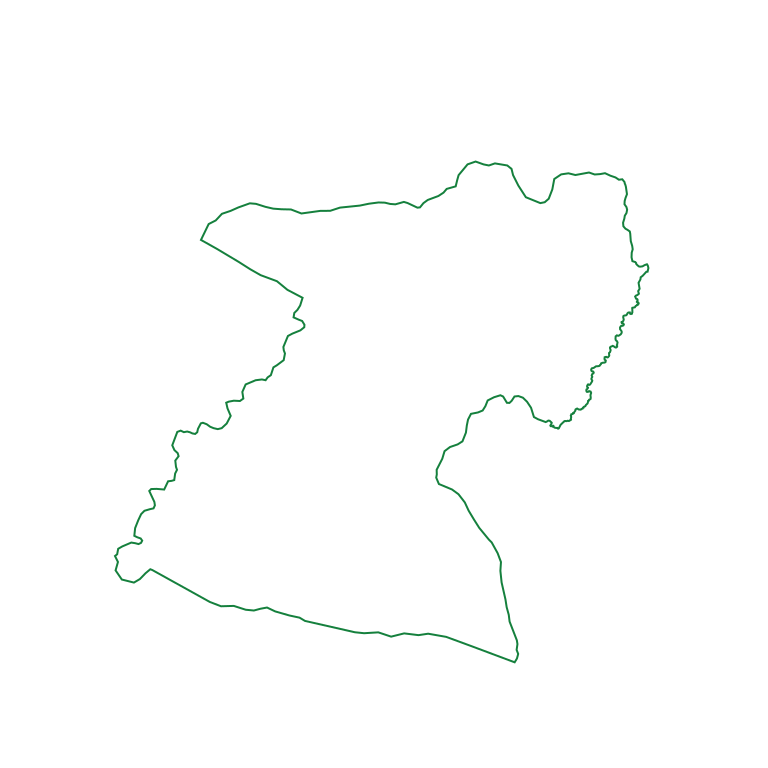 Migues, Canelones, Uruguay, rotated 21°
{"feature_id": "84410073B2992667902544", "entity_name": "Migues", "entity_type": "district", "adm_level": 2, "iso_a3": "URY", "parent_name": "Uruguay", "parent_adm1": "Canelones", "projection": "mercator", "projection_center": [-55.568, -34.48], "detail": "fine", "context": "isolated", "style": "outline", "palette": "green", "viewbox_px": 768, "rotation_deg": 21, "n_neighbors": 0, "source": "geoboundaries", "source_scale": "gbopen_adm2", "svg_char_len": 6153}
<svg xmlns="http://www.w3.org/2000/svg" viewBox="0 0 768 768"><g transform="rotate(21 384 384)"><path d="M605.7,597.0L606.5,592.6L606.0,587.9L603.1,584.7L601.8,579.0L599.9,575.7L586.4,560.8L583.2,554.8L578.5,548.4L574.6,541.6L564.9,527.1L559.6,516.7L557.0,508.3L550.7,501.2L541.3,493.3L537.7,491.7L524.5,484.2L516.7,478.4L508.4,471.9L501.9,465.6L493.0,460.2L485.3,458.1L471.1,457.7L466.3,452.7L465.7,449.5L463.9,445.2L465.2,432.9L464.6,425.0L468.2,419.2L474.4,414.0L477.8,409.4L477.9,400.0L476.2,393.1L475.2,387.1L475.9,380.7L481.9,376.9L485.6,373.4L486.6,368.4L486.7,362.2L491.5,356.9L496.7,352.8L499.7,353.0L505.5,357.5L507.9,356.7L509.2,354.0L510.3,348.9L513.8,347.1L518.6,347.0L523.9,349.3L529.8,353.5L535.8,361.1L540.4,361.7L548.6,361.6L550.0,360.1L550.3,359.5L550.9,359.1L551.9,359.0L554.4,360.0L554.6,361.1L554.3,362.1L554.2,363.2L554.7,363.6L555.9,363.2L556.6,363.3L556.8,362.4L557.1,362.3L557.5,362.7L557.6,363.1L558.4,363.5L558.9,363.6L560.5,363.3L561.6,362.9L562.3,363.3L562.7,363.2L563.1,362.7L563.5,358.8L565.7,354.1L566.0,354.1L566.4,353.6L567.9,353.2L568.6,352.5L569.9,352.3L570.6,351.5L570.8,350.9L571.3,350.6L571.4,350.3L570.9,349.5L570.6,347.7L569.7,346.5L569.9,345.9L569.7,345.2L570.9,344.3L570.9,343.5L571.4,343.5L571.7,343.2L571.6,342.4L572.2,340.3L571.9,339.2L572.4,338.4L573.1,337.7L574.9,338.0L576.7,337.5L577.3,336.9L577.3,336.5L578.3,335.7L578.2,334.9L578.8,334.5L578.7,333.8L579.0,333.4L579.9,332.6L580.0,331.3L581.0,329.2L580.8,327.1L580.6,326.6L581.2,326.1L581.1,325.2L581.7,324.7L582.2,323.9L581.9,322.7L580.7,320.3L580.6,318.1L579.9,317.3L579.5,317.0L579.0,317.3L578.2,317.1L577.6,317.5L577.2,318.3L576.1,318.6L575.7,318.3L575.1,317.3L575.0,316.5L575.4,316.0L575.8,314.9L575.7,314.3L575.2,314.3L574.6,313.8L574.3,312.8L574.5,311.4L574.7,311.2L575.1,311.4L575.9,311.3L576.6,310.6L577.3,307.2L577.3,306.5L577.2,306.1L576.3,305.5L575.8,305.0L575.7,304.2L575.9,302.9L575.8,302.5L574.9,301.8L574.8,301.4L574.9,300.0L575.7,299.0L575.6,298.0L574.8,297.4L573.7,297.6L572.9,297.3L572.5,296.8L572.2,296.1L572.4,294.9L574.0,293.8L575.6,291.5L577.6,290.6L578.7,289.8L578.9,289.3L578.9,288.7L579.4,287.9L579.3,286.9L579.5,286.7L580.5,285.8L582.2,285.0L582.9,284.3L582.7,282.7L582.3,282.4L581.4,282.3L581.2,282.0L580.8,281.5L580.7,280.6L580.4,280.0L580.9,279.5L581.8,279.0L582.8,279.2L583.3,279.0L583.6,278.7L584.1,277.1L584.1,276.7L583.3,275.2L583.0,274.4L583.6,273.2L583.5,271.6L583.4,271.1L582.3,269.8L581.9,268.9L582.2,268.0L582.7,267.7L583.9,266.4L585.5,266.6L586.3,266.9L587.4,266.9L587.8,266.6L588.3,265.6L588.1,265.1L587.8,265.1L587.4,264.2L587.5,263.6L587.1,261.4L585.9,260.4L585.3,260.3L584.5,259.8L583.9,258.8L583.2,256.5L584.0,255.1L585.3,255.1L585.9,254.7L587.2,252.8L587.5,251.5L587.4,250.5L587.1,249.9L586.5,249.3L584.8,248.3L584.1,246.6L584.3,245.5L584.7,244.6L585.8,244.2L586.2,243.8L586.5,243.5L586.6,242.5L586.5,242.3L585.7,241.9L584.3,242.0L583.7,241.4L583.6,240.9L584.5,240.3L584.8,239.0L584.7,237.9L583.3,235.8L583.2,234.6L583.9,233.9L585.3,233.2L585.8,232.4L586.0,230.6L586.5,229.7L587.9,229.1L588.6,230.2L589.0,230.2L589.5,230.2L590.3,229.5L590.1,228.7L590.2,228.1L589.2,225.6L588.5,224.2L588.5,223.9L590.7,222.5L591.0,221.0L591.7,220.2L591.8,219.6L592.5,219.3L592.6,218.3L592.9,218.0L592.9,217.5L592.5,217.0L591.8,216.8L591.3,217.1L590.6,216.7L590.6,216.1L591.0,215.8L590.5,214.4L590.0,214.0L588.7,214.0L587.1,212.3L587.6,211.1L588.7,210.1L589.6,208.4L588.0,206.2L588.5,203.5L585.4,198.3L585.9,194.5L585.4,192.4L586.7,190.3L588.7,185.2L589.8,184.7L589.3,181.0L588.0,179.1L586.7,178.0L586.1,178.3L585.9,178.6L584.7,179.6L583.2,181.5L581.0,182.7L579.8,182.9L577.8,182.2L576.3,181.4L576.0,180.7L574.9,180.1L571.9,180.3L569.7,177.0L568.2,172.6L567.9,169.1L566.2,166.1L563.2,162.2L560.0,155.4L558.8,153.5L556.0,152.8L553.8,152.5L551.0,151.0L549.4,147.8L549.1,143.5L548.5,140.6L549.1,137.5L548.5,134.1L546.9,131.9L544.1,130.0L543.1,126.9L542.8,123.7L542.8,119.7L539.1,113.1L537.6,111.1L537.1,110.8L536.2,109.3L533.1,107.5L530.1,109.1L526.1,108.2L520.7,108.4L514.8,108.0L510.5,110.6L505.6,112.9L499.6,113.1L487.8,120.3L480.7,121.2L474.3,124.8L469.5,131.6L471.4,142.0L471.4,152.0L468.9,156.7L465.1,159.1L449.5,158.8L438.3,150.6L429.6,142.7L426.0,137.5L420.8,135.8L408.5,138.3L403.6,142.4L398.3,143.3L389.8,143.5L383.3,149.0L378.8,162.3L379.3,167.7L380.1,173.8L372.6,179.4L371.0,184.0L367.4,189.0L358.9,196.5L356.0,201.0L354.3,206.2L352.0,207.4L341.1,206.6L337.3,206.9L330.2,212.2L325.2,213.7L319.8,214.4L313.8,216.5L305.3,221.1L297.5,226.1L279.7,235.1L271.7,241.6L262.5,245.2L245.8,254.4L234.6,254.4L225.7,257.6L217.7,260.0L209.8,261.1L199.9,261.7L194.0,263.4L184.7,271.4L178.7,277.4L171.7,283.2L168.3,291.6L163.0,297.5L161.5,315.1L179.4,317.7L204.7,322.1L218.0,324.8L229.8,326.6L247.2,326.4L260.1,330.7L277.1,332.7L277.6,340.8L276.6,345.9L274.8,349.8L275.7,354.2L281.4,354.5L285.0,354.5L288.5,357.2L289.2,359.6L286.7,363.9L280.4,369.8L277.1,373.6L276.8,385.5L278.4,388.5L280.6,391.0L281.8,397.7L277.2,405.0L274.8,408.1L275.2,416.3L273.0,419.5L272.1,422.9L268.4,423.5L262.8,426.5L255.0,434.0L254.6,442.2L257.9,448.0L255.6,451.5L249.8,453.4L245.4,456.1L243.4,458.0L246.6,462.8L252.3,468.7L251.3,477.3L248.3,483.4L245.0,485.7L240.7,486.3L237.0,486.2L232.9,485.1L228.8,485.1L227.1,486.4L226.4,492.5L226.9,496.0L225.6,498.3L222.8,498.8L220.3,498.6L217.3,498.9L214.4,500.7L210.9,500.4L208.2,502.8L208.3,517.1L212.0,520.8L216.2,522.5L218.1,525.0L216.6,530.3L219.5,535.9L221.5,538.3L221.1,542.4L222.6,548.9L220.3,550.6L217.3,552.2L216.6,561.3L209.3,563.4L204.3,565.5L203.2,568.0L211.9,576.4L213.6,579.4L213.4,582.7L210.4,584.7L205.8,588.2L203.9,592.5L203.4,599.3L203.3,607.7L205.3,615.2L208.5,615.5L212.2,615.4L214.4,616.9L214.1,619.4L212.2,621.4L208.7,621.8L204.9,622.6L197.9,629.4L194.9,633.1L195.9,638.6L194.5,641.0L199.4,645.5L200.2,654.2L209.3,660.5L221.7,659.0L226.0,653.6L229.2,646.1L232.2,640.7L234.3,640.7L299.5,649.9L311.5,649.9L323.3,645.0L335.8,644.3L343.7,642.1L349.2,638.1L354.9,634.6L363.9,635.3L378.7,634.0L388.9,632.4L395.2,633.5L445.8,626.2L454.7,623.8L467.7,617.9L481.2,617.3L492.2,609.6L506.2,606.1L514.7,601.3L532.6,597.8L559.6,597.4L605.7,597.0Z" fill="none" stroke="#15803d" stroke-width="2"/></g></svg>